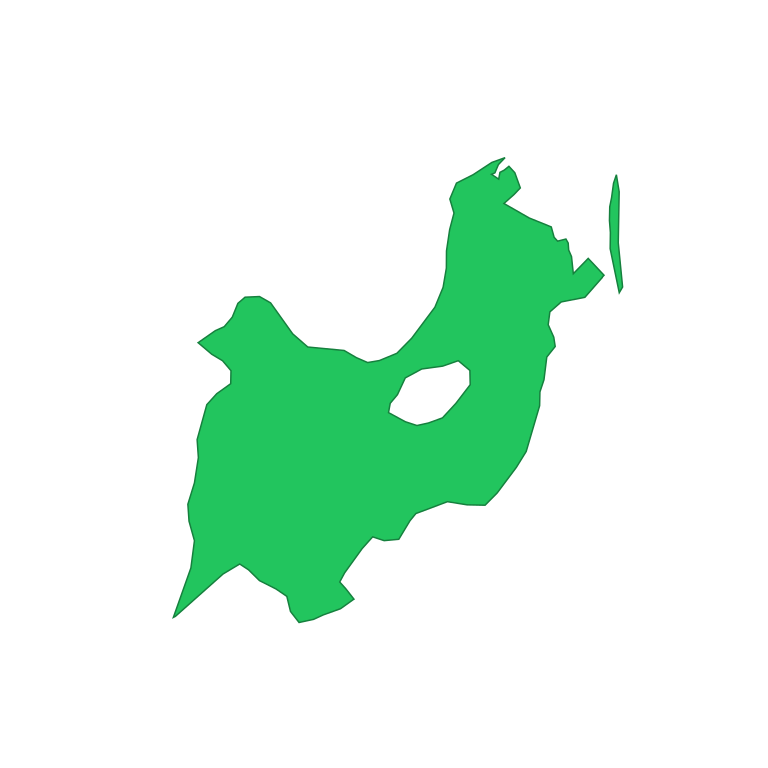 SVG path tracing the border of Chiayi, rotated 138°
{"feature_id": "TWN-1170", "entity_name": "Chiayi", "entity_type": "County", "adm_level": 1, "iso_a3": "TWN", "parent_name": "Taiwan", "parent_adm1": "", "projection": "robinson", "projection_center": [120.419, 23.433], "detail": "fine", "context": "isolated", "style": "filled", "palette": "green", "viewbox_px": 768, "rotation_deg": 138, "n_neighbors": 0, "source": "natural_earth", "source_scale": "10m", "svg_char_len": 1751}
<svg xmlns="http://www.w3.org/2000/svg" viewBox="0 0 768 768"><g transform="rotate(138 384 384)"><path d="M142.6,471.2L152.2,470.5L160.3,466.7L163.8,467.9L161.7,459.5L156.2,463.7L151.6,462.5L145.5,462.2L145.4,453.5L151.5,438.5L160.7,437.8L174.1,437.9L165.0,410.2L154.6,388.8L159.4,379.2L159.4,374.0L151.8,370.0L152.8,365.5L157.1,360.0L159.4,353.2L169.5,339.3L148.2,340.7L147.7,317.6L150.1,317.4L150.4,317.1L176.7,314.0L197.4,326.4L212.5,326.6L222.3,318.2L226.5,305.2L231.7,297.3L245.0,295.1L262.3,280.1L273.4,273.8L282.9,263.7L323.5,238.7L341.4,233.5L372.8,227.3L390.0,226.3L403.1,238.6L415.6,254.1L447.0,266.4L456.2,265.0L476.9,258.7L488.7,267.5L494.7,278.0L510.4,276.3L539.6,270.0L549.4,266.5L549.4,257.4L550.3,244.2L551.5,244.4L566.7,246.1L583.5,253.0L593.8,256.2L606.7,263.6L605.7,277.5L598.3,291.2L601.4,303.9L608.1,321.2L609.0,336.6L611.7,346.8L630.7,350.5L694.5,350.9L696.7,351.5L650.6,376.5L629.7,394.4L620.7,412.5L610.2,425.9L591.1,437.3L571.2,453.5L560.1,467.7L529.5,487.2L514.8,488.7L497.7,486.8L488.8,496.3L488.4,509.3L492.1,521.4L494.5,539.1L473.6,536.5L464.4,533.5L452.0,535.2L438.6,541.7L429.2,541.5L418.0,532.3L414.0,520.2L418.3,482.4L415.9,462.5L391.2,435.6L386.9,422.1L381.8,410.9L371.7,404.5L353.9,398.2L332.7,399.5L294.8,407.0L275.4,416.3L260.1,428.4L248.5,441.1L231.9,454.8L217.6,464.2L211.3,477.4L195.7,484.8L177.7,479.9L155.6,476.5L142.6,471.2ZM364.1,374.3L381.1,367.1L392.3,365.5L399.8,359.7L393.4,341.7L387.3,331.1L377.1,325.3L363.2,319.7L343.6,321.5L320.4,325.8L311.1,336.6L313.2,351.6L328.4,358.0L345.9,369.9L364.1,374.3ZM80.6,369.5L115.4,332.2L141.8,296.4L148.1,294.4L125.4,333.2L114.4,345.1L107.1,354.6L97.7,364.6L90.2,370.2L79.1,379.6L71.3,384.0L80.6,369.5Z" fill="#22c55e" stroke="#15803d" stroke-width="1.5"/></g></svg>